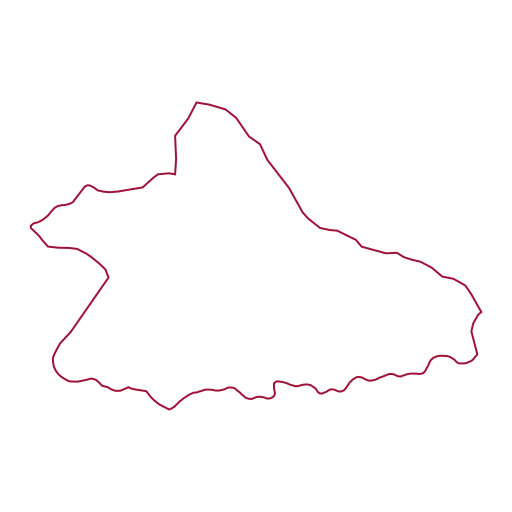 Bambio, Sangha-Mbaéré, Central African Republic (Albers equal-area conic projection)
{"feature_id": "33826404B86044426841106", "entity_name": "Bambio", "entity_type": "district", "adm_level": 2, "iso_a3": "CAF", "parent_name": "Central African Republic", "parent_adm1": "Sangha-Mbaéré", "projection": "albers", "projection_center": [16.839, 3.876], "detail": "fine", "context": "isolated", "style": "outline", "palette": "rose", "viewbox_px": 512, "rotation_deg": 0, "n_neighbors": 0, "source": "geoboundaries", "source_scale": "gbopen_adm2", "svg_char_len": 3437}
<svg xmlns="http://www.w3.org/2000/svg" viewBox="0 0 512 512"><path d="M481.3,312.0L471.1,293.9L465.3,285.5L453.5,278.8L442.3,276.6L431.6,267.6L420.4,261.7L411.7,259.7L403.8,257.1L396.9,252.8L385.9,253.3L361.7,246.7L355.8,239.8L337.0,230.6L330.3,230.1L320.1,228.0L316.6,225.2L307.9,218.3L302.5,212.2L299.0,205.8L289.0,187.9L267.3,159.8L260.0,144.2L249.0,136.5L236.2,117.9L225.5,109.4L222.8,108.6L209.2,104.6L196.5,102.5L188.3,118.4L175.1,135.8L176.1,159.0L175.1,174.3L168.9,173.3L158.0,174.3L153.1,177.9L142.7,187.4L127.6,189.9L118.2,191.5L109.8,192.2L103.7,191.7L97.8,190.4L93.7,187.4L89.4,185.3L87.3,185.3L84.8,186.6L72.8,202.2L70.0,203.7L65.2,205.0L61.8,205.2L58.0,206.0L54.7,207.8L50.9,211.9L48.3,215.2L44.7,218.3L41.4,220.6L37.9,222.3L33.5,223.4L30.7,225.9L31.0,228.2L33.0,230.0L39.1,235.9L41.9,239.7L48.0,246.6L58.2,247.7L68.7,247.9L77.1,248.9L86.3,253.6L91.1,256.9L99.0,263.3L105.4,269.4L108.5,277.6L70.7,332.0L66.9,336.1L63.8,339.4L60.2,343.3L57.2,348.6L54.4,354.0L52.8,358.3L53.1,362.2L53.8,366.5L55.9,370.9L58.4,374.2L61.2,376.7L64.0,378.5L68.9,381.3L73.7,381.6L78.1,381.6L81.9,380.8L85.2,380.1L91.6,378.5L95.9,379.8L99.0,382.4L102.0,385.7L107.7,387.2L111.2,389.3L115.3,390.8L120.2,390.8L128.6,387.2L130.4,388.3L134.4,389.3L137.5,389.8L145.9,391.1L146.9,391.9L150.8,397.0L154.1,400.3L159.2,404.4L169.2,409.5L171.1,408.7L172.8,407.7L174.5,406.6L175.8,405.2L177.3,403.9L178.6,402.5L180.0,401.2L181.6,400.0L183.0,398.7L184.7,397.6L186.3,396.6L188.0,395.4L189.7,394.4L191.6,393.6L193.5,392.7L196.0,392.5L197.3,392.3L199.2,391.5L201.5,391.0L203.4,390.2L205.6,389.6L207.7,389.6L210.6,389.7L213.0,389.9L215.1,390.5L217.9,390.6L220.4,390.3L222.5,389.8L224.8,389.3L226.5,388.3L228.4,387.5L230.6,387.5L233.1,387.7L235.0,388.6L236.5,389.7L237.9,391.1L239.6,392.2L240.9,393.5L242.3,395.0L243.9,396.1L245.3,397.5L247.2,398.3L249.3,398.9L252.1,398.9L254.0,398.1L255.9,397.2L258.2,396.8L260.3,396.8L262.8,397.1L265.0,397.7L266.9,398.5L269.2,398.5L271.3,398.0L273.0,396.9L274.3,395.6L274.9,393.4L274.6,391.0L274.1,388.7L273.9,386.2L274.0,383.5L275.3,382.1L277.2,381.3L279.7,381.6L282.2,382.0L284.4,382.5L286.5,383.1L288.4,383.9L290.3,384.8L292.6,385.3L294.5,386.1L297.2,386.2L299.4,385.7L301.5,385.1L303.4,384.7L303.8,384.7L306.2,384.4L308.7,384.7L310.9,385.2L312.5,386.4L314.2,387.5L315.8,388.8L316.9,390.5L318.0,392.2L319.6,393.3L322.0,393.6L323.9,392.7L326.0,392.0L327.5,391.0L329.5,389.8L331.7,389.3L334.1,389.6L336.0,390.4L338.0,391.3L340.4,391.6L342.1,391.1L344.0,390.3L345.3,388.9L346.5,387.2L347.6,385.7L348.7,384.0L349.8,382.3L351.3,381.0L352.6,379.6L354.3,378.6L355.9,377.5L358.1,376.9L360.6,377.2L362.8,377.8L364.4,378.9L366.3,379.7L368.5,380.6L371.2,380.6L373.5,380.2L375.6,379.6L377.6,378.8L379.2,377.7L381.4,377.1L383.3,376.3L385.2,375.6L387.2,374.8L389.2,374.0L391.8,374.0L394.1,374.5L396.0,375.4L397.9,376.2L400.4,376.6L402.3,375.8L404.5,375.2L406.4,374.4L408.5,373.9L411.0,373.6L413.8,373.6L416.5,373.6L419.0,374.0L421.4,373.7L423.4,373.0L424.8,371.5L425.9,369.9L426.7,368.0L427.8,366.3L428.7,364.4L429.5,362.5L430.4,360.6L431.7,359.3L433.1,357.9L435.1,357.1L437.0,356.3L439.1,355.8L441.9,355.8L444.6,355.9L447.1,356.1L449.3,356.7L451.2,357.6L452.9,358.7L454.5,359.8L455.8,361.2L457.2,362.5L459.1,363.4L461.9,363.4L464.6,363.4L466.8,362.9L468.7,362.0L470.6,361.3L472.3,360.2L473.6,358.9L474.7,357.2L476.2,355.9L477.3,354.2L471.4,331.5L473.2,323.5L478.1,314.8L481.3,312.0Z" fill="none" stroke="#9f1239" stroke-width="2"/></svg>